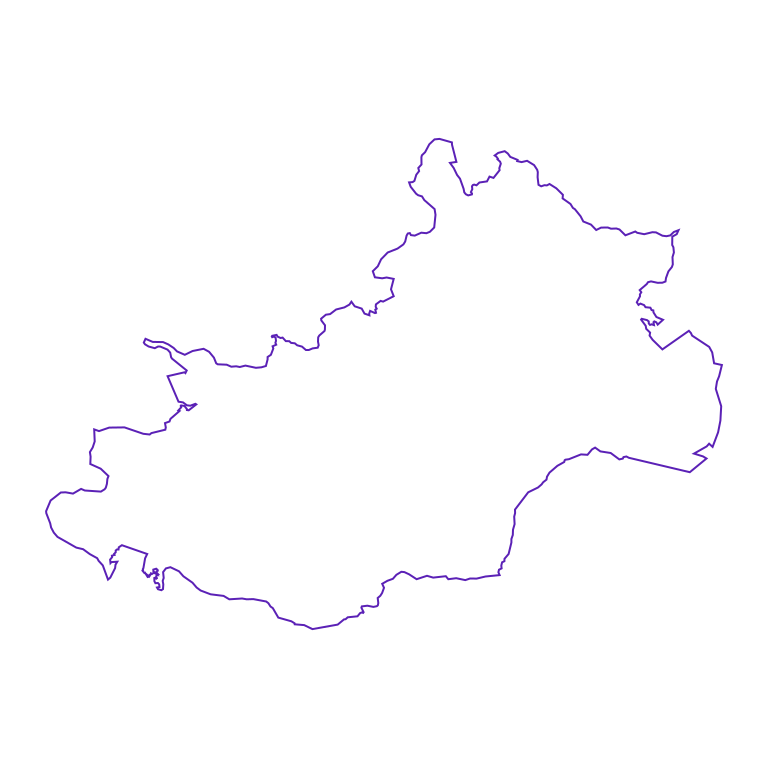 Aschileu, Cluj, Romania (Albers equal-area conic projection)
{"feature_id": "2599482B95199395235203", "entity_name": "Aschileu", "entity_type": "district", "adm_level": 2, "iso_a3": "ROU", "parent_name": "Romania", "parent_adm1": "Cluj", "projection": "albers", "projection_center": [23.469, 46.985], "detail": "fine", "context": "isolated", "style": "outline", "palette": "violet", "viewbox_px": 768, "rotation_deg": 0, "n_neighbors": 0, "source": "geoboundaries", "source_scale": "gbopen_adm2", "svg_char_len": 6103}
<svg xmlns="http://www.w3.org/2000/svg" viewBox="0 0 768 768"><path d="M499.6,575.1L498.4,572.2L499.0,569.7L501.6,568.4L501.3,565.6L502.1,562.3L504.4,561.2L504.5,558.8L508.6,554.0L511.4,542.5L511.4,539.0L512.8,535.0L513.0,529.7L514.6,524.1L514.2,516.6L515.1,513.1L515.0,509.6L528.2,492.3L538.0,487.5L541.6,484.4L543.1,482.3L546.5,479.6L547.0,476.7L549.5,472.6L557.4,465.8L564.2,462.0L564.7,460.2L565.4,459.7L568.9,459.2L581.0,454.4L587.5,454.8L592.0,449.4L595.1,447.6L600.4,451.4L610.7,453.0L619.3,459.4L622.8,458.6L623.5,457.1L626.4,456.5L628.9,457.8L689.8,472.2L706.5,458.5L703.0,456.4L694.0,453.6L706.7,446.4L709.1,443.7L712.6,446.9L718.1,432.3L720.4,420.6L721.2,406.2L715.8,388.9L717.0,381.5L719.1,376.3L721.9,365.0L714.1,363.3L712.2,352.4L709.2,346.9L692.1,335.6L690.9,333.0L688.9,330.8L662.4,349.4L652.6,339.8L649.6,335.6L650.1,332.6L646.2,328.8L645.7,325.8L641.1,319.6L641.7,318.8L647.0,320.1L648.7,321.4L648.8,323.5L650.0,324.9L651.7,324.3L654.0,325.1L653.5,322.2L654.3,321.4L656.3,322.3L657.7,324.6L663.0,319.8L656.4,317.0L653.5,312.4L653.3,310.4L651.6,310.1L650.4,307.7L645.5,307.2L644.1,305.1L640.4,303.6L638.5,304.9L636.8,302.3L640.0,296.3L639.9,294.4L641.3,292.2L639.7,290.1L646.8,284.0L648.0,282.2L651.0,281.4L657.6,282.8L662.4,282.7L665.5,281.5L666.0,278.0L668.4,271.4L671.9,267.0L672.8,264.4L672.5,257.1L673.9,252.5L673.4,247.3L672.2,245.0L672.3,236.6L676.7,234.2L678.5,230.2L673.8,232.0L670.3,235.4L666.5,236.2L662.4,235.7L656.0,232.4L652.4,232.2L644.2,234.2L637.2,232.8L635.3,231.5L625.4,235.3L619.5,229.5L616.4,228.5L611.0,228.7L607.8,227.5L601.1,227.6L596.2,230.0L591.0,224.6L583.3,221.5L580.6,216.3L574.9,209.2L572.9,207.9L570.5,204.0L562.6,198.4L562.9,194.8L556.3,188.3L549.5,184.0L546.9,185.4L544.4,185.2L541.2,186.3L538.5,184.8L537.6,177.2L537.8,172.1L537.2,169.8L534.1,165.1L527.1,160.8L521.6,162.1L517.2,161.1L517.6,159.9L510.3,156.9L507.8,153.5L504.7,151.2L498.2,152.9L494.7,155.5L496.4,156.7L497.9,158.7L497.5,159.3L500.1,161.7L500.8,163.7L499.3,168.2L499.6,170.2L493.5,177.9L489.5,176.6L487.0,181.4L479.4,182.5L476.5,185.3L474.1,184.6L472.8,185.1L472.0,186.3L472.3,189.2L470.9,192.1L472.0,193.5L471.9,194.4L468.2,195.4L465.9,194.3L464.3,192.4L463.6,188.8L460.0,178.7L457.1,175.0L453.7,168.0L450.0,162.9L456.4,161.9L452.0,144.7L451.9,142.4L439.5,138.9L434.5,139.4L429.3,144.3L425.1,152.2L421.9,155.3L421.4,157.2L421.5,164.5L418.3,168.0L419.1,171.1L416.3,174.7L414.4,180.9L412.6,182.1L409.1,182.4L410.7,186.8L416.1,193.7L418.1,195.2L422.0,196.4L424.3,200.1L434.6,209.1L435.5,214.8L434.2,227.5L429.9,231.8L426.4,233.2L421.3,232.7L414.8,235.6L410.9,235.1L409.8,233.1L407.8,233.5L406.6,235.6L405.2,241.5L403.4,244.4L397.5,248.6L387.7,252.5L381.1,259.3L377.8,266.3L372.8,271.2L374.9,277.3L382.2,278.3L386.6,277.5L393.7,278.9L391.0,289.3L393.7,296.2L383.1,301.6L380.6,300.9L375.9,304.4L375.7,306.8L376.7,308.7L375.3,309.6L376.0,312.8L375.0,313.1L370.1,310.9L369.2,313.6L369.4,315.3L364.5,313.6L361.7,308.6L354.7,306.3L351.4,301.7L349.4,304.6L344.4,307.4L336.1,309.5L330.1,314.1L325.9,314.7L321.1,318.7L321.3,320.4L325.0,325.3L324.9,329.6L324.5,331.0L319.3,335.5L318.2,337.3L318.0,341.6L318.7,345.2L317.7,347.7L312.6,348.4L308.8,350.0L305.9,350.0L302.0,346.6L297.2,345.3L294.8,343.3L291.1,342.9L289.3,341.2L285.8,341.1L282.6,337.6L280.6,338.0L277.6,336.6L276.6,334.9L272.2,335.8L271.8,336.5L272.2,337.2L274.2,336.5L275.6,337.8L276.0,340.9L275.4,342.8L276.2,344.7L272.6,346.3L273.3,348.5L270.9,354.8L267.6,357.0L267.6,359.4L265.9,366.0L261.4,367.3L255.9,367.8L245.4,365.6L239.8,367.0L236.2,366.3L231.3,366.7L226.7,364.7L217.7,364.3L216.2,363.3L213.9,357.6L209.1,351.8L203.6,348.8L192.6,351.0L184.8,354.8L177.0,351.4L173.7,348.0L168.3,344.4L163.1,342.1L152.7,341.9L145.5,338.8L143.8,342.6L145.0,344.3L148.6,346.5L154.8,348.2L158.1,346.5L160.1,346.5L167.5,349.6L170.2,352.6L171.1,357.2L172.0,358.6L186.7,370.5L185.4,373.1L184.5,372.3L167.6,376.2L178.5,401.7L183.0,402.4L186.9,405.3L190.3,405.7L195.4,403.8L196.3,404.4L188.7,410.3L186.1,409.9L187.3,409.6L184.5,406.0L181.1,405.4L180.7,405.9L181.2,407.3L178.3,410.5L179.5,411.0L170.5,418.8L169.5,421.5L165.0,423.1L165.8,427.5L165.3,429.7L151.4,433.1L149.7,434.5L143.3,433.8L124.5,427.4L109.2,427.6L99.0,431.1L94.2,429.4L94.7,441.4L92.7,447.5L89.9,452.1L90.6,456.6L90.3,464.0L100.7,468.7L108.5,476.1L107.4,478.9L106.9,483.9L105.8,487.7L104.6,489.3L100.9,491.6L84.8,490.5L81.1,488.9L73.0,493.6L65.6,492.3L60.8,492.5L50.6,500.5L46.1,511.2L46.3,513.2L50.2,523.3L51.1,527.5L53.8,532.6L57.5,536.9L76.3,547.6L83.1,549.2L89.8,554.1L97.2,558.2L98.6,560.8L102.8,565.4L108.0,579.6L110.3,577.6L115.1,568.1L115.5,564.7L117.3,561.7L111.4,562.1L110.5,563.1L110.1,559.6L112.1,557.2L111.9,555.7L114.6,554.9L114.1,553.9L115.7,552.3L115.7,550.5L117.1,549.4L118.5,549.5L118.8,547.3L121.9,545.2L147.2,554.0L145.1,558.3L143.4,568.1L142.8,569.2L143.1,570.1L142.5,570.7L144.4,573.0L145.0,572.7L148.1,577.7L147.8,575.5L149.1,576.7L149.9,575.6L149.7,574.7L151.0,574.3L151.1,573.4L152.1,573.9L153.8,572.8L155.4,573.5L155.5,572.8L153.4,571.5L153.3,569.6L156.2,568.7L157.6,569.9L157.8,570.7L156.6,571.4L156.5,572.4L158.0,574.1L156.7,574.1L157.4,575.1L156.6,575.0L156.2,576.5L156.9,578.2L156.2,578.7L155.1,577.7L154.3,578.0L154.4,581.2L155.4,583.2L157.9,583.0L159.2,584.4L159.5,587.0L157.0,587.5L158.0,589.2L161.4,590.2L163.0,589.1L163.3,584.3L162.7,580.9L163.7,578.0L163.1,572.1L165.9,568.4L170.4,567.2L179.0,571.3L183.4,576.3L192.5,582.7L196.6,587.5L200.6,590.5L210.6,594.3L223.6,595.9L229.3,599.3L242.1,598.5L246.7,599.3L253.3,599.1L266.2,601.5L268.4,603.2L270.5,606.5L272.8,608.1L278.3,617.6L291.4,621.3L294.6,623.3L294.7,624.3L304.2,625.1L312.4,629.1L337.7,624.6L344.0,619.4L345.6,619.2L347.7,617.3L357.5,616.3L360.1,613.1L361.9,612.4L363.1,612.9L363.6,612.2L361.4,607.7L361.8,606.4L367.4,605.7L373.4,606.9L376.8,606.2L377.8,605.4L378.3,603.1L377.7,598.0L380.3,595.8L382.1,593.0L384.0,587.8L382.2,583.8L387.4,580.8L392.9,578.8L396.4,574.8L401.3,571.8L404.4,572.1L409.1,574.3L416.6,579.2L427.0,575.8L433.2,577.6L445.8,576.2L448.3,579.2L456.2,578.2L465.3,580.1L470.1,578.5L476.6,578.6L485.5,576.5L499.6,575.1Z" fill="none" stroke="#5b21b6" stroke-width="2"/></svg>